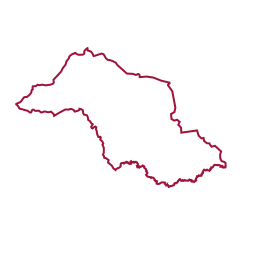 the district of Mariscala, Lavalleja, Uruguay, rotated 44°
{"feature_id": "84410073B78906146937991", "entity_name": "Mariscala", "entity_type": "district", "adm_level": 2, "iso_a3": "URY", "parent_name": "Uruguay", "parent_adm1": "Lavalleja", "projection": "equal_earth", "projection_center": [-54.667, -34.01], "detail": "fine", "context": "isolated", "style": "outline", "palette": "rose", "viewbox_px": 256, "rotation_deg": 44, "n_neighbors": 0, "source": "geoboundaries", "source_scale": "gbopen_adm2", "svg_char_len": 5831}
<svg xmlns="http://www.w3.org/2000/svg" viewBox="0 0 256 256"><g transform="rotate(44 128 128)"><path d="M148.2,166.9L148.0,166.6L148.0,165.4L148.6,164.3L148.6,163.8L148.9,163.6L149.4,161.8L149.3,160.9L149.0,160.6L149.0,160.2L148.5,159.9L147.7,158.9L147.6,158.4L147.7,157.8L148.0,157.3L148.3,157.2L148.5,156.9L148.8,156.8L148.9,156.7L148.9,156.4L149.7,156.4L149.6,155.9L149.9,155.3L149.8,154.8L150.2,154.0L150.2,153.7L150.5,153.2L151.5,152.9L151.6,153.1L151.6,153.5L152.4,152.8L153.1,153.1L153.4,153.0L153.3,152.8L153.5,152.7L153.9,152.8L154.4,152.6L154.5,151.9L154.9,151.7L155.1,151.5L155.1,151.3L154.5,150.7L153.9,151.0L153.2,150.6L153.1,150.0L153.2,149.7L153.7,149.9L154.8,149.7L155.3,149.3L155.4,148.5L155.5,148.4L155.8,148.4L155.8,148.6L156.0,148.8L156.3,148.8L156.6,148.5L156.4,147.8L157.0,147.0L157.3,147.2L157.6,147.2L158.3,146.5L159.4,147.0L160.3,147.0L160.9,147.9L160.8,148.4L161.2,148.3L161.4,148.5L161.2,148.8L160.8,148.9L160.8,149.1L161.2,149.3L161.7,149.2L161.8,149.7L162.1,149.8L162.2,149.7L162.3,149.2L162.5,148.9L163.5,148.7L163.3,148.3L162.8,148.2L162.7,147.8L162.8,147.7L163.6,148.0L163.9,147.7L164.2,147.1L164.2,146.6L164.4,146.3L164.4,146.0L164.8,145.3L164.5,145.1L164.5,144.9L165.6,144.3L166.3,144.6L166.9,144.6L167.0,144.9L166.9,145.0L167.0,145.2L167.8,145.4L169.4,145.1L169.8,145.1L170.1,145.4L170.3,145.9L170.6,145.9L170.8,146.2L171.1,146.1L171.1,146.4L171.6,146.7L173.0,146.6L173.3,147.0L173.2,147.6L173.7,148.6L173.5,149.1L174.1,149.4L174.8,149.3L175.7,149.4L175.9,149.1L176.5,149.0L177.1,148.7L177.7,148.0L179.2,148.0L179.4,147.6L179.2,147.3L179.2,147.1L179.9,147.0L180.3,146.4L181.1,146.2L183.0,146.5L183.1,146.9L183.3,147.1L184.2,146.9L184.5,147.1L184.7,146.9L184.9,147.1L185.2,146.8L185.4,146.3L185.6,146.2L185.9,146.7L186.1,146.9L186.3,146.8L186.6,147.2L186.7,147.5L187.2,148.2L188.8,147.3L189.1,146.4L189.5,146.0L189.4,145.4L189.8,144.7L190.0,143.7L191.0,142.7L192.2,142.2L192.4,141.6L192.8,141.7L193.0,142.0L193.7,142.6L194.0,142.3L194.9,142.6L195.4,142.4L195.4,142.1L195.6,142.4L195.8,142.0L195.8,141.7L196.3,141.4L196.5,141.8L196.9,141.6L198.2,142.1L198.5,141.6L198.6,140.9L198.6,140.7L198.8,140.6L198.8,140.2L199.8,139.3L199.9,138.8L200.1,138.1L200.8,137.3L200.8,137.0L200.5,136.5L200.0,136.0L199.9,135.3L200.8,134.6L200.6,134.2L201.1,133.6L201.4,133.0L201.2,132.5L201.0,132.4L200.9,131.8L201.0,131.6L200.7,131.2L200.7,130.6L200.8,130.2L200.6,129.2L200.8,128.8L201.2,128.5L202.0,128.8L202.3,129.2L203.0,129.0L203.6,128.5L203.7,128.3L203.5,127.5L203.8,127.3L204.6,127.5L204.8,127.2L205.0,126.0L205.9,126.0L206.4,125.5L206.8,124.8L207.3,124.6L208.2,123.9L207.9,122.8L207.9,122.5L208.6,122.4L208.9,122.1L209.6,122.3L209.9,122.1L209.7,121.4L209.9,121.3L210.6,121.7L210.6,122.0L210.8,122.2L211.2,121.9L211.1,121.4L211.3,121.3L211.4,121.7L211.5,121.9L212.1,121.4L212.4,120.6L212.6,120.5L213.1,120.7L213.3,119.7L213.2,119.5L213.5,118.4L213.3,118.1L212.5,118.2L212.2,117.9L211.9,116.4L212.0,115.1L211.7,115.1L211.3,115.1L211.1,114.8L211.9,113.5L211.9,112.9L212.6,112.9L213.0,112.0L213.8,111.8L213.9,111.6L214.0,111.1L212.8,109.9L212.8,109.7L213.1,109.5L213.0,109.3L213.3,108.7L213.0,108.2L213.0,107.9L212.9,107.8L212.6,107.7L212.3,107.8L212.1,107.6L212.0,107.2L211.9,106.0L211.6,105.5L211.6,105.2L212.2,104.7L213.2,104.8L213.5,104.5L213.7,103.2L213.9,103.0L214.1,102.9L214.5,103.1L214.8,102.9L215.0,102.9L215.8,102.3L216.3,102.2L216.2,101.8L216.4,101.2L216.4,100.9L216.1,100.5L215.6,100.5L215.5,100.0L216.0,99.4L216.0,99.2L215.5,99.1L215.5,98.6L215.4,98.5L215.9,98.3L216.1,97.4L216.2,96.6L215.8,95.8L215.8,95.2L215.8,94.6L216.0,94.2L217.2,93.4L218.0,92.5L218.6,92.4L218.9,91.7L219.9,91.0L220.9,90.8L221.2,90.9L221.4,91.4L221.5,91.6L222.0,91.1L221.8,90.4L222.0,89.8L222.6,89.8L222.8,90.4L223.2,90.6L223.8,90.5L223.8,90.3L224.7,89.4L224.7,89.0L225.3,88.9L225.3,88.2L222.4,85.4L220.7,85.6L218.3,86.8L215.7,85.9L212.7,83.1L211.3,80.2L202.9,80.4L201.1,83.4L198.5,83.0L197.3,82.5L195.4,84.1L191.7,84.5L189.3,82.7L188.1,84.4L186.0,84.5L184.1,84.4L179.4,81.8L169.6,94.3L165.9,90.9L161.9,90.7L160.9,87.7L157.6,88.0L156.1,90.6L153.1,91.3L149.3,88.1L150.3,84.3L148.0,80.5L134.3,70.8L126.9,69.4L126.6,68.6L126.9,67.6L126.9,67.0L126.2,66.6L119.0,70.9L111.2,74.1L105.6,78.1L101.1,83.3L99.7,82.0L98.4,81.8L97.5,82.4L97.4,83.4L96.6,84.5L94.0,85.6L89.4,89.6L76.4,90.1L73.9,89.5L70.8,90.4L67.8,91.7L66.4,93.0L63.6,93.2L61.2,92.4L59.1,91.9L57.2,92.9L54.1,98.9L53.3,100.1L50.9,99.2L48.5,98.7L46.3,99.6L45.3,100.2L43.4,98.8L43.1,99.7L43.2,101.2L43.1,102.5L43.4,103.4L44.6,104.4L44.9,105.2L44.5,106.7L42.1,109.2L40.7,110.1L39.3,110.5L38.1,110.5L37.5,111.2L37.5,112.1L36.6,113.4L36.1,116.6L36.3,117.7L37.0,118.9L37.2,120.2L37.3,122.5L39.1,125.9L39.5,130.2L40.7,134.0L40.8,138.8L40.9,145.1L43.1,146.9L43.3,148.2L41.9,151.1L38.9,154.7L36.1,156.5L34.6,158.7L32.9,159.8L32.6,161.9L30.7,164.0L30.8,164.7L32.1,166.0L32.7,166.4L32.4,167.6L33.9,169.9L34.1,172.6L33.8,175.7L32.0,177.8L32.0,179.6L32.5,182.4L32.5,184.3L31.4,186.9L30.9,188.3L31.3,188.7L32.3,188.5L34.3,188.7L36.4,189.4L43.7,185.4L46.8,184.9L47.4,184.3L47.3,183.2L46.7,182.4L46.6,181.7L46.8,180.9L47.5,180.4L49.4,180.1L51.8,177.5L54.8,177.2L56.7,173.8L58.9,172.7L59.9,171.8L61.3,169.7L64.8,169.6L66.4,170.6L67.8,165.2L70.1,158.1L72.7,155.9L73.2,154.4L74.4,153.5L76.3,152.8L78.3,153.2L79.9,150.6L80.4,148.8L79.7,147.9L81.0,147.1L83.2,146.6L85.3,148.4L87.0,148.9L89.6,147.4L91.3,148.0L92.9,149.1L93.7,149.8L96.2,149.5L98.0,150.1L100.0,149.8L100.5,151.4L100.7,152.7L101.5,153.2L102.8,153.0L103.1,150.7L103.4,149.7L104.7,149.5L106.0,151.3L107.7,151.9L108.9,153.1L110.8,154.2L112.9,155.0L113.7,154.4L114.0,153.7L114.6,153.6L115.1,153.8L116.1,155.6L118.8,155.5L121.1,156.4L121.4,157.9L124.2,158.9L127.7,162.5L128.6,164.7L130.2,164.9L131.6,165.9L133.5,164.9L136.4,164.6L137.6,166.7L142.4,166.3L145.6,167.2L148.2,166.9Z" fill="none" stroke="#9f1239" stroke-width="2"/></g></svg>